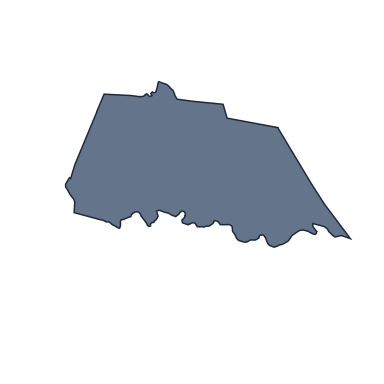 Zvishavane Urban, Midlands, Zimbabwe, rotated 324°
{"feature_id": "62879985B32453879798080", "entity_name": "Zvishavane Urban", "entity_type": "district", "adm_level": 2, "iso_a3": "ZWE", "parent_name": "Zimbabwe", "parent_adm1": "Midlands", "projection": "equal_earth", "projection_center": [30.044, -20.326], "detail": "fine", "context": "isolated", "style": "filled", "palette": "slate", "viewbox_px": 384, "rotation_deg": 324, "n_neighbors": 0, "source": "geoboundaries", "source_scale": "gbopen_adm2", "svg_char_len": 5898}
<svg xmlns="http://www.w3.org/2000/svg" viewBox="0 0 384 384"><g transform="rotate(324 192 192)"><path d="M113.5,100.9L101.8,109.7L101.2,108.4L94.5,111.3L94.2,111.6L92.9,113.3L92.7,113.9L92.6,116.6L92.3,118.9L92.2,119.5L91.8,123.1L92.1,128.2L91.3,131.2L85.7,137.9L84.5,139.4L102.1,161.2L103.3,162.1L103.3,162.5L103.6,163.0L103.8,163.3L104.2,164.1L104.5,164.4L104.8,165.1L104.8,165.3L105.0,165.4L105.4,166.1L106.4,166.8L106.7,166.9L107.3,167.6L107.4,167.9L107.4,168.1L107.8,169.1L108.1,170.7L108.6,172.4L109.0,172.9L109.6,173.9L109.8,174.5L110.0,174.7L110.2,175.5L110.5,175.8L110.6,176.3L111.4,178.0L111.8,178.3L112.1,178.7L113.0,178.3L113.8,177.6L114.3,177.3L114.7,176.8L114.8,176.4L115.6,175.4L115.9,175.3L116.1,174.6L116.3,174.4L116.3,174.1L116.9,173.6L117.7,173.2L118.1,172.9L118.4,172.9L118.5,173.1L119.5,173.4L120.5,174.0L121.0,174.2L122.2,174.2L123.5,174.6L123.9,174.6L124.4,174.8L124.6,175.0L125.0,175.1L125.5,175.1L127.9,175.9L128.2,175.9L128.5,175.7L129.0,175.2L129.7,174.9L129.8,174.7L131.0,174.7L131.4,174.5L132.1,174.5L132.6,174.7L134.2,174.6L135.2,175.1L135.3,175.3L135.9,175.6L136.8,176.8L137.1,177.6L137.1,177.9L137.2,178.3L137.2,179.7L137.1,180.3L137.1,180.9L137.0,181.4L136.8,181.6L136.7,181.6L136.9,190.2L136.8,190.4L136.8,190.9L136.6,191.3L136.6,191.9L136.5,192.3L136.5,193.8L136.8,194.1L136.9,194.6L138.4,195.1L138.6,195.1L138.9,194.7L139.0,194.5L139.4,193.7L139.7,193.4L141.5,193.3L141.9,193.5L142.2,193.5L142.6,193.8L142.8,194.0L143.8,194.0L143.9,193.8L144.1,193.8L144.7,193.5L144.9,193.5L144.9,193.3L147.0,193.3L147.3,192.9L147.7,192.7L148.2,192.7L148.7,192.6L149.1,192.2L149.9,191.9L150.1,191.9L150.4,191.4L150.7,190.7L150.7,190.4L151.2,189.4L151.2,189.0L151.6,188.0L151.6,187.8L151.7,187.5L152.3,186.8L152.9,186.8L153.7,187.2L154.1,187.1L154.6,187.5L155.0,188.0L155.3,188.1L155.4,188.5L155.8,188.9L156.4,189.9L156.9,190.6L157.0,190.9L157.3,191.3L157.6,191.8L157.9,192.1L158.9,193.4L159.4,193.9L159.8,194.5L160.2,194.9L160.5,195.2L160.7,195.7L161.0,196.5L161.3,196.9L161.5,197.7L161.7,197.9L162.1,199.0L162.3,199.3L162.6,199.8L163.4,200.8L163.7,201.3L163.9,201.6L164.2,202.3L168.3,202.2L170.0,201.5L172.7,201.5L173.4,202.3L173.7,202.8L174.1,203.3L174.1,204.6L173.8,205.3L173.8,205.8L172.8,206.8L172.6,206.8L172.7,207.0L172.3,207.2L172.0,207.5L171.3,207.9L170.8,208.0L170.0,208.5L168.6,208.6L168.2,208.7L167.7,208.7L167.5,208.9L167.4,208.9L167.1,209.1L166.9,209.8L166.4,210.8L166.4,211.1L166.2,211.3L169.5,216.2L170.2,215.9L171.0,216.4L171.2,216.7L171.6,216.8L173.2,216.8L173.5,217.0L174.9,217.5L175.7,218.4L175.8,218.8L176.0,218.9L176.0,221.3L175.9,221.9L175.9,223.3L179.6,225.9L180.5,227.0L181.0,227.4L182.9,227.7L184.2,228.5L184.3,228.5L184.7,229.0L185.9,229.6L186.3,229.6L186.7,229.8L190.5,229.7L190.9,229.5L191.4,229.5L191.6,229.3L192.0,229.2L192.2,228.8L192.6,228.5L193.0,228.3L193.5,228.6L195.0,230.0L195.3,230.5L195.7,231.6L195.7,235.1L196.2,235.3L198.3,237.1L199.0,237.6L199.9,238.0L200.3,238.4L200.6,238.7L200.8,238.9L201.0,238.9L201.1,239.0L201.5,239.2L201.9,239.5L202.5,239.8L202.8,240.2L202.8,240.3L203.1,240.5L203.6,241.1L204.0,242.3L204.0,243.8L203.9,244.1L201.8,247.5L201.8,247.8L201.7,248.2L201.7,251.3L201.6,251.6L201.6,252.0L201.5,252.3L201.5,252.7L201.3,253.2L201.3,253.7L201.2,253.8L201.2,254.5L200.9,255.2L200.9,255.7L201.0,257.7L201.6,258.8L201.6,259.1L201.8,259.5L202.0,259.6L202.3,260.0L202.4,260.3L202.7,260.5L203.2,261.1L203.4,261.4L203.6,261.8L203.8,261.9L203.9,262.1L204.0,262.4L204.7,263.1L205.9,264.1L206.1,264.4L206.4,264.4L206.7,264.6L207.2,264.7L207.9,264.7L208.4,264.9L208.9,264.9L209.2,265.0L210.0,265.0L211.4,265.3L212.5,266.3L214.2,267.4L214.5,267.8L215.5,268.2L217.4,268.4L217.9,268.5L219.1,268.5L219.3,268.3L219.7,267.8L219.8,267.8L219.8,267.7L220.0,267.5L221.5,267.0L221.9,267.3L223.0,267.6L223.3,267.8L223.5,267.8L224.3,268.8L224.6,269.6L224.6,270.8L224.5,271.1L224.5,272.3L223.2,277.4L223.1,277.8L223.1,280.1L223.2,280.3L223.5,280.9L223.6,281.1L223.6,281.4L224.6,282.6L225.0,283.4L225.2,283.7L225.4,284.1L225.9,284.7L226.5,285.2L227.1,285.2L228.1,285.5L228.8,285.9L229.4,286.0L231.3,286.1L233.8,287.3L235.6,287.7L236.4,287.7L237.0,287.9L238.3,287.9L238.7,288.0L239.2,288.0L239.7,288.2L241.2,288.1L241.6,288.0L241.8,288.0L247.2,286.0L255.6,286.2L256.0,286.4L256.5,286.4L258.3,287.4L259.2,287.7L259.6,288.2L259.8,288.3L262.4,291.5L262.8,292.1L263.2,292.6L263.7,294.4L264.4,295.3L264.5,295.6L264.8,295.9L264.8,296.1L265.0,296.7L265.6,297.4L265.8,297.6L266.4,298.2L266.5,298.6L266.8,298.7L267.3,298.7L267.7,298.5L268.2,298.5L268.3,298.4L269.6,297.5L269.6,297.3L269.8,297.3L269.8,296.7L269.6,296.5L269.5,291.3L269.7,290.3L269.8,290.3L271.3,288.6L277.7,296.5L278.1,296.9L278.3,297.2L279.0,298.5L279.1,299.2L279.4,300.0L279.7,301.5L279.7,303.0L279.5,303.3L279.5,304.2L279.4,304.3L279.4,304.5L280.4,310.1L280.5,310.6L280.8,311.1L280.9,311.6L281.1,311.8L281.1,312.0L281.2,312.3L281.3,312.5L286.6,314.7L287.1,315.0L287.7,315.7L287.8,315.7L292.7,322.8L292.0,279.8L293.4,255.5L299.1,191.1L299.3,191.1L299.5,190.6L263.8,152.9L268.7,139.3L245.2,118.4L235.0,108.6L234.8,108.6L234.5,107.9L234.9,103.9L235.4,102.7L236.2,99.5L236.3,99.2L236.3,98.2L236.1,97.9L235.9,96.7L235.9,96.2L235.7,96.0L235.7,95.0L235.6,94.9L235.6,94.2L235.5,93.9L235.5,93.1L235.3,92.7L235.3,92.4L235.2,92.1L235.2,91.7L234.9,90.6L234.8,90.2L229.9,83.2L229.5,83.2L226.6,85.7L224.6,87.6L221.6,89.6L221.4,89.6L221.0,89.8L220.7,89.8L220.3,89.8L219.9,89.6L219.3,89.2L219.0,88.8L218.9,88.5L218.9,88.3L218.7,88.2L218.7,87.8L217.7,87.8L216.5,88.2L216.4,88.4L216.4,90.4L216.2,90.5L215.4,90.5L214.4,89.9L214.0,89.7L213.6,89.2L213.6,88.7L213.5,88.4L213.5,87.9L213.3,87.4L213.3,86.6L213.2,86.4L213.2,86.1L213.0,85.9L212.5,85.9L212.1,85.8L211.1,85.8L211.1,86.0L209.0,86.0L208.6,85.8L208.3,85.8L207.5,85.3L206.7,84.7L206.3,84.5L205.5,83.9L205.0,83.6L204.7,83.2L199.2,78.0L198.6,77.5L178.4,61.2L162.0,71.1L161.7,71.5L113.5,100.9Z" fill="#64748b" stroke="#1e293b" stroke-width="1.5"/></g></svg>